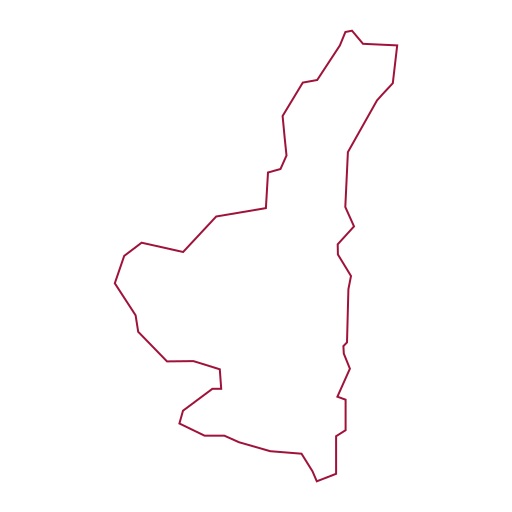 outline of Boboye, Dosso, Niger
{"feature_id": "23599985B30838539224942", "entity_name": "Boboye", "entity_type": "district", "adm_level": 2, "iso_a3": "NER", "parent_name": "Niger", "parent_adm1": "Dosso", "projection": "natural_earth1", "projection_center": [2.857, 13.176], "detail": "fine", "context": "isolated", "style": "outline", "palette": "rose", "viewbox_px": 512, "rotation_deg": 0, "n_neighbors": 0, "source": "geoboundaries", "source_scale": "gbopen_adm2", "svg_char_len": 778}
<svg xmlns="http://www.w3.org/2000/svg" viewBox="0 0 512 512"><path d="M179.4,423.5L204.6,435.7L224.4,435.7L238.9,442.2L270.2,451.2L301.5,453.7L312.5,471.3L316.8,481.3L336.1,473.8L336.1,445.2L336.1,436.2L345.6,430.2L345.6,399.7L337.4,396.7L349.9,368.7L343.8,353.6L343.4,346.1L347.0,342.4L348.4,289.2L351.0,276.0L337.9,254.5L337.7,244.3L354.0,226.4L345.3,207.0L347.9,152.1L377.0,100.4L382.2,94.6L392.8,83.2L397.2,45.4L363.0,43.8L352.0,30.7L345.4,32.0L339.9,45.4L317.2,80.0L302.8,82.6L282.6,116.0L284.7,138.1L286.5,155.5L280.5,169.0L268.0,172.5L265.9,208.1L216.2,216.5L183.1,252.0L141.6,242.7L124.2,255.9L114.8,283.3L135.6,315.3L138.2,331.8L167.0,361.4L193.4,361.1L219.8,369.3L221.2,388.8L212.4,388.8L183.0,410.7L179.4,423.5Z" fill="none" stroke="#9f1239" stroke-width="2"/></svg>